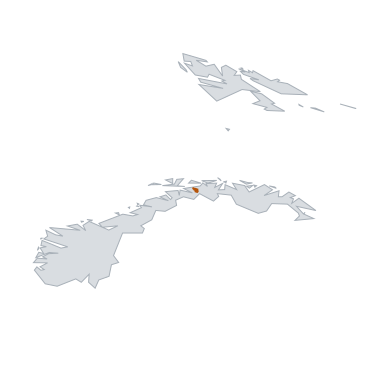 Loabák sme 1, Troms, Norway (highlighted), rotated 19°
{"feature_id": "86288312B71092207563612", "entity_name": "Loabák sme 1", "entity_type": "district", "adm_level": 2, "iso_a3": "NOR", "parent_name": "Norway", "parent_adm1": "Troms", "projection": "robinson", "projection_center": [17.762, 68.717], "detail": "fine", "context": "in_parent", "style": "filled", "palette": "amber", "viewbox_px": 384, "rotation_deg": 19, "n_neighbors": 0, "source": "geoboundaries", "source_scale": "gbopen_adm2", "svg_char_len": 4970}
<svg xmlns="http://www.w3.org/2000/svg" viewBox="0 0 384 384"><g transform="rotate(19 192 192)"><path d="M230.1,182.2L216.5,185.3L218.7,187.5L215.3,193.6L199.7,191.1L196.1,198.4L185.5,199.3L179.2,205.1L181.8,209.7L172.9,219.0L163.8,221.2L163.0,231.4L154.6,240.6L158.8,242.1L158.5,246.9L139.7,253.4L138.5,277.7L145.6,282.5L139.5,287.0L141.0,298.7L132.5,305.5L131.7,314.5L123.6,311.0L121.5,303.2L116.7,313.4L110.4,312.0L95.2,325.0L83.1,326.6L68.4,317.2L69.7,313.3L74.6,315.2L77.5,313.5L72.7,312.2L78.5,306.0L65.1,310.4L67.3,304.9L76.8,302.5L71.9,301.9L76.5,297.0L85.5,293.4L76.8,295.6L65.7,304.9L66.8,298.9L71.8,298.5L66.6,294.3L72.1,291.1L66.6,291.8L66.0,286.6L86.4,287.7L92.4,284.3L67.2,284.6L69.9,280.8L66.3,275.7L77.1,276.9L84.3,275.8L68.8,272.0L98.8,264.6L85.3,264.7L94.0,259.8L104.1,263.1L99.8,259.0L104.3,253.3L125.7,255.1L132.9,248.1L118.8,254.5L114.2,252.0L133.8,235.5L143.8,233.9L147.9,231.0L140.3,231.7L149.3,223.3L147.0,221.5L159.0,219.1L150.3,219.9L151.3,214.8L160.1,208.9L172.5,207.9L163.3,207.0L168.3,203.3L174.2,206.1L175.1,203.9L166.8,200.3L178.3,195.1L181.1,199.4L180.1,194.1L192.7,192.7L183.0,191.4L197.8,183.6L199.3,179.8L204.8,181.7L202.5,179.5L212.4,175.6L212.0,180.3L218.2,173.9L216.3,181.4L222.1,179.1L220.9,174.3L233.4,175.2L227.5,170.5L239.6,168.8L246.0,173.4L258.1,161.4L267.4,163.7L261.3,171.9L273.9,162.5L275.2,168.4L278.7,167.2L283.6,160.5L290.9,161.8L286.8,165.3L290.2,165.4L290.0,170.3L295.1,163.1L315.2,169.2L295.5,171.5L304.4,176.4L315.8,177.5L298.6,185.3L301.4,179.7L299.4,177.3L286.2,172.4L271.1,177.0L268.7,185.7L261.6,190.6L237.9,189.1L230.1,182.2ZM182.7,61.1L195.2,63.6L193.9,68.0L199.7,65.7L202.0,69.4L224.0,74.9L206.0,78.8L185.8,98.0L163.6,88.1L187.7,83.9L164.5,85.3L161.2,82.5L189.9,78.4L184.0,77.4L186.7,75.7L169.8,75.1L169.3,78.4L157.0,80.3L143.1,72.7L151.4,72.6L148.3,69.0L142.0,70.8L138.3,64.1L162.3,63.0L164.1,64.0L153.1,66.1L164.2,68.5L171.4,64.0L183.2,72.4L179.2,64.6L182.7,61.1ZM210.2,57.4L230.5,61.1L235.9,57.4L238.4,57.8L237.0,59.9L247.0,58.4L269.6,62.5L244.4,70.1L213.6,66.9L209.9,65.8L218.7,64.2L202.3,64.0L198.6,62.2L203.3,61.2L195.9,60.3L207.2,60.5L205.8,58.6L210.4,59.5L210.2,57.4ZM225.9,76.5L241.2,81.2L238.5,82.9L253.4,85.4L236.4,90.5L233.3,90.1L235.3,87.6L220.8,88.6L226.6,83.6L214.7,77.7L225.9,76.5ZM176.0,191.0L183.4,189.1L161.9,195.6L172.8,190.3L173.5,185.0L179.6,182.2L176.0,191.0ZM187.6,181.1L197.6,180.7L185.9,184.7L187.6,181.1ZM197.4,178.1L211.6,173.0L204.1,178.4L197.4,178.1ZM136.5,73.2L146.4,78.2L148.6,80.3L140.7,77.9L136.5,73.2ZM169.4,185.6L171.0,190.3L163.1,189.2L169.4,185.6ZM246.2,163.7L240.8,166.9L233.2,165.5L241.9,164.9L246.2,163.7ZM247.3,166.0L245.0,169.7L241.7,168.7L247.3,166.0ZM152.9,196.0L160.6,194.9L152.2,198.0L152.9,196.0ZM319.5,59.8L303.3,60.6L320.0,59.6L319.5,59.8ZM281.4,72.5L291.0,73.2L276.5,73.7L281.4,72.5ZM263.0,161.1L268.7,160.3L270.5,161.1L263.0,161.1ZM251.0,165.0L249.9,167.0L248.3,165.3L251.0,165.0ZM221.1,170.5L221.1,172.5L218.9,171.8L221.1,170.5ZM207.0,120.5L206.3,122.4L203.6,120.8L207.0,120.5ZM269.6,75.4L265.1,75.1L264.6,74.4L269.6,75.4ZM129.3,235.4L130.7,237.3L126.5,236.8L129.3,235.4ZM211.5,170.1L214.3,170.8L216.0,172.0L211.5,170.1ZM198.8,58.4L200.7,59.4L197.8,59.0L198.8,58.4ZM106.5,252.0L101.6,252.2L106.8,251.1L106.5,252.0ZM99.3,255.0L97.3,256.5L96.6,255.7L99.3,255.0ZM150.9,198.5L148.3,200.2L151.2,197.4L150.9,198.5ZM65.6,295.0L64.8,297.5L64.8,294.2L65.6,295.0ZM145.0,221.9L143.9,220.5L145.5,220.6L145.0,221.9ZM305.5,174.4L305.0,176.1L304.8,175.8L305.5,174.4ZM146.3,223.2L143.5,223.5L146.9,222.9L146.3,223.2ZM138.0,226.4L138.2,227.8L136.9,227.3L138.0,226.4ZM65.3,284.5L64.0,286.0L64.3,284.8L65.3,284.5Z" fill="#d9dde1" stroke="#a8b0b8" stroke-width="1"/><path d="M197.0,188.8L196.9,188.8L196.7,188.8L196.6,188.7L196.4,188.7L196.5,188.5L196.5,188.4L196.6,188.2L196.4,188.1L196.1,188.1L195.9,188.0L195.7,188.0L195.5,187.9L195.4,187.8L195.5,187.8L195.4,187.8L195.5,187.7L195.4,187.7L195.1,187.7L195.1,187.8L194.9,187.8L194.6,187.6L194.4,187.7L194.1,187.7L194.0,187.8L193.9,187.8L193.7,187.8L193.4,187.8L193.2,188.0L193.3,188.0L193.5,188.1L193.8,188.1L194.0,188.1L194.3,188.1L194.5,188.1L194.8,188.2L194.8,188.3L195.0,188.4L195.0,188.5L194.9,188.7L194.7,188.5L194.6,188.4L194.4,188.4L194.2,188.3L193.9,188.3L193.7,188.3L193.4,188.3L193.3,188.2L193.2,188.2L192.9,188.1L192.7,188.1L192.4,188.0L192.4,187.9L192.2,187.9L191.9,187.8L191.8,188.0L191.7,188.1L191.8,188.2L191.9,188.3L192.0,188.4L192.3,188.4L192.3,188.5L192.5,188.5L192.8,188.6L193.0,188.5L193.2,188.8L193.2,189.0L193.3,189.0L193.2,189.1L193.3,189.2L193.6,189.2L193.8,189.3L194.0,189.3L194.1,189.2L194.7,189.4L194.9,189.4L195.0,189.4L195.3,189.4L195.4,189.5L195.4,189.8L195.2,189.9L195.1,190.0L195.2,190.3L194.9,190.4L195.0,190.4L195.0,190.5L196.3,190.5L196.5,190.5L197.0,190.5L197.1,190.4L197.1,190.2L197.0,189.9L196.9,189.9L197.2,189.9L197.3,189.9L197.4,189.7L197.4,189.4L197.3,189.2L197.2,189.1L196.9,189.0L196.8,188.9L197.0,188.8L197.0,188.8Z" fill="#f59e0b" stroke="#b45309" stroke-width="1.5"/></g></svg>